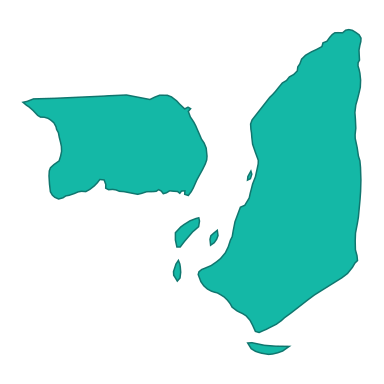 outline of Cajapió, Maranhão, Brazil
{"feature_id": "56859067B62856742471804", "entity_name": "Cajapió", "entity_type": "district", "adm_level": 2, "iso_a3": "BRA", "parent_name": "Brazil", "parent_adm1": "Maranhão", "projection": "albers", "projection_center": [-44.622, -2.889], "detail": "fine", "context": "isolated", "style": "filled", "palette": "teal", "viewbox_px": 384, "rotation_deg": 0, "n_neighbors": 0, "source": "geoboundaries", "source_scale": "gbopen_adm2", "svg_char_len": 3462}
<svg xmlns="http://www.w3.org/2000/svg" viewBox="0 0 384 384"><path d="M355.6,32.3L352.3,30.3L348.8,29.6L345.7,30.2L342.6,32.8L337.8,32.7L334.8,32.8L332.3,34.5L329.8,37.3L326.9,41.3L323.0,42.8L321.9,46.6L316.5,49.5L311.5,51.8L305.6,55.2L301.6,59.1L299.9,63.8L297.8,66.9L297.3,70.9L293.7,74.5L289.4,76.9L286.5,80.5L282.3,83.0L279.0,87.0L275.4,91.5L272.5,94.7L269.8,97.3L252.1,119.9L250.6,124.0L250.9,129.2L251.5,133.0L251.8,137.1L252.6,144.2L255.4,152.4L258.3,160.3L258.2,163.9L257.3,168.2L255.4,176.9L252.6,184.0L251.5,188.4L250.3,193.0L249.2,198.0L244.8,205.3L240.4,207.2L235.0,221.7L233.3,230.3L232.2,236.7L230.5,240.0L228.2,247.0L225.3,252.9L220.5,258.6L216.6,261.8L211.1,265.6L204.7,268.3L201.7,269.5L199.0,271.7L198.2,274.5L200.9,281.7L203.8,285.8L207.4,289.0L211.3,291.1L214.2,292.1L217.4,292.9L220.9,294.9L224.2,297.0L227.4,300.1L230.2,303.7L232.1,307.2L236.9,310.8L239.4,312.1L242.4,313.5L246.1,315.8L250.1,320.4L252.7,325.4L255.4,331.4L259.1,332.5L263.5,330.5L266.4,329.3L269.0,327.9L272.6,326.1L276.4,324.2L281.7,320.3L284.5,317.7L290.7,313.2L298.8,306.9L307.9,299.8L314.5,294.9L329.8,285.3L341.7,277.9L347.5,273.5L352.4,267.4L354.9,263.1L357.5,260.6L357.0,255.7L355.4,249.8L355.2,240.9L355.5,233.0L357.3,223.7L358.4,217.1L359.1,209.5L360.0,199.9L360.6,191.3L360.9,180.1L360.5,167.4L359.9,160.9L358.4,156.0L357.2,147.8L355.2,138.4L355.1,134.7L355.8,128.2L355.4,119.3L354.9,112.5L355.8,105.0L357.7,98.3L359.3,91.8L360.3,87.3L360.6,80.1L359.9,73.3L359.1,69.5L358.0,65.9L358.1,62.7L359.5,60.1L359.2,54.7L359.0,50.1L359.9,45.1L360.8,41.6L361.0,38.1L359.1,34.8L355.6,32.3ZM23.0,102.3L26.4,105.2L29.0,106.9L33.0,110.4L37.7,115.4L40.5,117.1L44.2,117.2L48.0,118.3L50.5,119.9L53.9,122.8L56.0,126.7L56.6,129.4L58.4,132.7L59.3,137.4L60.5,142.1L61.4,146.4L61.6,151.3L60.6,156.1L59.1,160.9L53.9,164.6L50.5,167.7L49.3,170.9L49.0,175.9L49.5,184.1L50.4,191.8L52.4,195.2L54.8,197.3L58.6,199.0L63.0,197.8L65.8,195.9L69.1,195.3L74.4,193.5L78.1,191.9L81.5,191.3L85.8,191.6L89.8,189.4L94.3,185.9L97.3,182.8L99.8,179.5L104.1,179.9L105.8,184.5L105.7,188.2L108.6,189.7L112.6,189.4L116.0,189.9L119.4,191.3L123.8,191.6L133.0,193.4L137.7,194.3L141.5,193.4L146.7,191.7L153.0,191.6L156.2,191.3L158.7,189.6L161.3,191.1L163.3,193.7L166.4,192.8L169.7,190.8L173.2,191.2L177.5,191.5L179.8,193.3L181.5,191.1L184.9,190.8L184.7,194.3L188.3,195.5L191.2,191.7L193.2,188.1L196.9,179.8L202.6,169.4L205.3,163.9L206.7,159.9L207.0,156.2L206.2,148.1L204.1,143.0L201.4,139.0L199.5,134.5L197.6,130.2L195.8,126.0L194.0,122.5L192.4,120.0L190.3,116.9L188.3,111.4L190.6,108.7L188.0,107.2L184.7,108.9L179.5,104.0L176.7,100.9L171.5,96.9L167.4,95.3L159.7,95.2L154.6,97.2L149.9,99.5L126.5,95.0L108.1,95.8L103.9,96.1L55.4,98.3L33.5,98.9L27.1,101.4L23.0,102.3ZM180.2,247.0L182.3,244.2L184.8,241.0L189.7,235.3L192.6,231.9L195.2,229.7L198.6,226.7L199.5,221.1L198.8,217.8L196.0,218.5L190.0,220.8L184.1,224.5L180.7,227.0L175.4,232.7L175.4,240.0L176.9,247.0L180.2,247.0ZM282.7,351.0L289.2,346.4L275.7,346.2L264.4,345.3L251.9,342.7L247.7,343.0L251.2,348.7L255.4,351.3L258.4,352.3L261.5,353.2L268.6,354.4L272.6,354.0L277.7,352.8L282.7,351.0ZM180.0,278.0L180.7,272.2L180.3,267.1L179.8,264.0L178.4,260.4L176.0,264.0L173.5,271.6L173.7,275.3L175.2,277.6L177.3,281.1L180.0,278.0ZM214.2,242.7L216.6,239.3L218.0,235.6L217.3,230.3L213.9,233.0L210.9,235.7L210.0,239.3L210.6,245.2L214.2,242.7ZM250.4,178.7L251.8,174.2L250.9,171.1L247.9,176.5L247.5,180.1L250.4,178.7Z" fill="#14b8a6" stroke="#0f766e" stroke-width="1.5"/></svg>